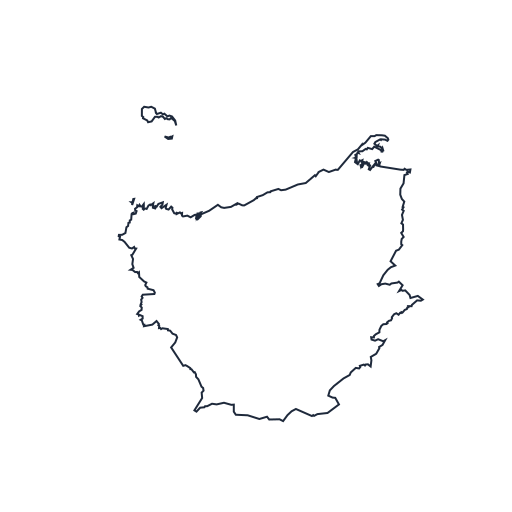 the district of Cavite, Cavite, Philippines, rotated 27°
{"feature_id": "2640588B43067672764099", "entity_name": "Cavite", "entity_type": "district", "adm_level": 2, "iso_a3": "PHL", "parent_name": "Philippines", "parent_adm1": "Cavite", "projection": "robinson", "projection_center": [120.788, 14.278], "detail": "fine", "context": "isolated", "style": "outline", "palette": "slate", "viewbox_px": 512, "rotation_deg": 27, "n_neighbors": 0, "source": "geoboundaries", "source_scale": "gbopen_adm2", "svg_char_len": 6135}
<svg xmlns="http://www.w3.org/2000/svg" viewBox="0 0 512 512"><g transform="rotate(27 256 256)"><path d="M397.3,350.6L391.0,346.4L388.5,347.4L383.8,347.6L382.8,342.2L384.5,336.4L389.6,325.3L393.5,319.5L393.3,316.7L395.7,310.4L398.9,309.4L399.3,307.6L398.4,306.7L401.4,303.8L402.8,304.1L403.0,302.9L404.9,301.7L408.3,302.4L406.2,296.6L404.1,293.8L407.5,288.5L407.8,282.2L407.0,281.2L409.1,277.8L409.3,272.4L408.1,274.2L402.6,274.7L400.5,277.4L396.9,278.0L395.5,276.1L398.0,275.0L397.4,273.7L398.3,271.3L400.6,268.0L399.5,265.7L399.4,261.4L400.4,259.0L403.1,257.4L403.7,256.2L402.9,255.7L403.9,253.4L405.5,252.0L405.5,249.7L404.8,248.9L405.5,245.2L407.0,243.3L409.7,243.6L410.2,241.3L411.1,241.0L411.0,240.0L412.2,240.0L413.0,236.5L414.5,234.8L414.2,233.3L415.1,232.5L414.3,231.6L417.4,230.1L417.1,228.8L419.7,222.4L423.2,221.0L424.4,219.1L418.3,218.1L412.7,223.3L410.6,221.0L404.6,218.9L402.3,220.5L401.0,220.2L399.4,222.3L399.9,215.5L394.9,214.0L394.2,215.4L389.1,219.0L388.2,220.9L383.7,221.9L380.6,224.2L379.1,226.9L377.2,225.8L378.5,224.2L378.2,215.3L379.6,208.5L381.3,204.7L384.4,201.3L378.3,199.6L378.4,187.7L380.4,185.5L381.4,179.9L380.1,179.6L378.9,177.3L378.1,174.7L378.9,172.0L374.9,169.5L375.7,167.2L375.1,165.7L372.7,161.2L370.7,160.9L370.5,157.1L367.4,153.1L367.1,148.7L365.1,148.3L365.3,145.7L364.4,145.8L363.4,140.2L360.1,139.0L356.7,135.9L354.1,130.4L354.5,124.3L351.5,116.5L353.9,114.1L352.5,113.0L352.9,112.0L355.2,111.7L354.3,108.8L350.9,111.0L348.8,110.8L348.5,112.2L345.5,113.5L326.1,119.8L324.6,119.3L324.2,117.0L323.7,117.8L321.8,114.7L321.1,114.7L319.2,117.2L323.4,120.3L322.1,120.6L320.3,119.0L319.7,121.8L320.2,121.9L320.2,123.3L319.3,123.5L318.6,127.5L317.5,127.3L317.2,128.3L316.6,123.6L315.7,123.6L315.5,125.3L315.3,123.3L314.5,123.4L314.5,124.2L314.4,124.2L314.4,122.3L312.7,123.2L312.0,122.5L312.8,122.2L312.1,122.0L312.0,123.0L312.2,124.8L311.7,122.9L310.3,123.1L310.2,128.6L309.7,128.9L309.1,127.3L309.1,128.9L307.9,127.6L309.1,126.4L308.4,125.1L308.7,122.3L308.5,124.0L307.5,124.1L307.6,122.3L307.4,123.5L307.2,122.4L306.2,123.7L305.1,123.7L305.0,128.0L301.6,127.4L301.1,125.4L303.0,126.1L301.0,123.2L299.9,123.5L300.9,122.5L300.2,121.0L299.2,121.5L298.6,120.8L299.6,119.4L299.6,117.8L300.7,117.7L299.8,117.1L299.9,116.2L303.2,114.4L305.1,110.8L306.3,110.7L306.5,108.9L311.0,108.0L311.7,104.9L319.4,104.9L319.8,106.1L319.5,104.9L320.1,104.6L320.6,105.9L321.2,105.6L320.8,104.1L322.1,104.9L319.6,102.3L319.6,103.0L317.2,102.2L314.5,102.9L314.4,102.0L313.9,103.0L310.5,102.2L310.6,100.3L313.7,95.7L314.7,95.9L314.8,95.1L318.2,93.7L320.8,93.7L321.1,92.3L320.0,91.2L316.2,90.3L313.3,91.3L308.3,93.7L307.2,95.4L303.9,97.1L302.0,105.4L299.6,109.9L299.8,109.2L299.7,109.0L298.4,114.7L295.2,119.3L289.8,142.1L288.0,142.9L288.3,142.3L282.8,148.1L276.9,148.4L273.7,152.7L273.2,152.1L273.8,152.8L273.0,157.8L271.8,157.3L267.2,168.4L260.8,173.3L252.3,183.4L248.5,186.0L245.5,186.1L239.7,191.7L239.8,192.6L237.3,194.1L234.4,198.7L230.1,203.0L231.1,204.7L230.0,203.9L228.7,207.2L222.6,216.2L220.8,217.1L216.7,217.2L214.5,220.0L215.9,216.7L211.4,223.6L205.8,227.6L202.9,228.4L198.8,227.7L193.7,237.0L188.5,243.3L188.1,244.8L188.7,245.7L187.3,249.9L185.6,249.9L184.3,246.1L182.7,247.2L180.2,251.2L176.5,251.2L173.0,253.9L171.7,253.6L170.6,251.2L169.6,252.2L168.4,251.7L166.4,254.4L165.7,252.7L165.6,254.6L163.7,255.0L160.1,252.5L159.6,250.9L158.0,250.5L157.0,254.3L154.6,254.8L153.7,254.2L153.0,251.0L150.1,256.3L148.5,255.6L149.3,252.8L148.6,250.5L145.4,253.9L145.1,257.0L143.0,257.2L144.6,257.3L144.6,259.4L142.2,259.8L141.6,258.4L142.5,258.4L142.6,258.0L141.3,258.2L140.6,255.6L139.1,258.5L138.3,258.2L137.3,259.9L137.2,263.7L135.4,264.1L134.9,265.7L133.7,265.4L133.6,262.8L132.4,260.6L131.8,263.9L130.6,264.2L129.0,263.3L129.0,264.9L127.2,264.7L127.9,266.6L126.8,268.8L127.7,270.2L129.2,270.2L129.6,272.8L128.0,274.2L127.3,273.0L126.7,274.0L125.6,273.7L127.0,274.6L126.2,275.3L128.3,280.3L127.4,281.6L128.3,283.5L127.3,284.4L128.4,287.3L127.5,289.2L129.2,294.8L127.1,297.9L124.3,299.4L124.7,300.7L126.1,300.6L126.8,303.3L129.6,302.5L132.5,303.1L139.3,306.2L142.1,305.6L143.3,303.3L144.4,304.3L145.8,303.8L145.3,310.9L144.5,311.9L147.8,314.5L149.5,319.4L152.3,322.1L150.5,325.2L152.3,324.5L155.6,325.2L157.3,324.2L158.5,324.9L159.1,323.6L161.5,327.7L167.8,329.5L170.4,329.4L170.5,332.2L171.5,333.0L173.5,333.2L174.3,334.3L180.2,333.0L182.5,334.6L182.7,336.0L172.7,341.9L172.5,344.0L173.9,344.8L173.5,347.0L175.0,349.0L175.2,351.4L175.9,351.4L175.6,353.1L177.6,353.8L178.5,356.0L177.0,358.4L176.5,361.6L178.1,361.4L178.8,362.3L179.4,361.3L182.3,361.1L183.4,363.2L182.2,365.2L183.5,365.2L186.7,368.3L187.7,367.9L188.1,369.4L194.8,364.2L196.9,359.1L200.4,360.7L200.4,362.0L201.5,362.2L202.3,364.3L203.3,363.6L204.6,364.2L205.4,362.9L210.6,361.1L211.3,362.2L213.4,361.5L216.9,363.1L220.6,362.7L222.7,364.3L223.3,369.7L221.9,376.0L241.0,386.9L242.7,385.3L244.4,385.3L248.3,385.7L248.9,386.6L249.9,386.2L253.5,387.9L254.1,387.3L256.2,388.7L257.5,390.9L260.6,392.0L266.8,397.2L268.8,397.6L270.4,399.8L269.6,402.4L272.5,407.0L271.2,421.5L273.6,421.7L275.1,416.5L278.7,414.2L278.8,413.0L280.7,412.0L283.9,407.6L288.3,406.1L294.1,401.3L301.6,399.8L303.7,398.5L306.9,404.8L310.1,406.6L320.9,401.7L333.0,399.7L338.8,394.2L342.0,395.7L351.1,390.8L355.1,390.8L356.3,383.5L358.2,378.2L361.0,374.2L378.5,373.2L379.2,371.8L380.3,372.1L382.5,369.0L391.0,363.4L397.3,350.6ZM117.8,169.8L115.1,170.2L113.7,171.8L109.7,170.8L108.8,172.1L106.2,171.5L103.2,174.5L102.2,174.0L102.8,173.3L102.0,173.9L99.0,170.6L94.9,170.6L92.8,172.5L88.6,173.8L87.6,176.8L90.7,183.0L92.5,183.4L92.8,184.6L97.6,184.6L99.1,185.8L101.9,183.5L102.8,177.8L105.0,176.7L105.3,177.6L105.3,176.8L106.4,176.8L107.9,174.5L110.0,174.2L112.6,175.3L113.4,174.0L115.2,174.2L117.0,173.5L117.5,171.9L119.2,171.8L122.4,172.6L125.7,175.9L122.5,172.0L117.8,169.8ZM127.7,189.6L127.1,187.4L125.5,189.6L125.2,189.1L124.4,190.1L120.3,191.0L124.6,191.6L127.7,189.6ZM186.2,248.8L187.2,242.1L186.7,242.5L186.8,243.5L184.6,244.7L186.2,248.8ZM121.5,260.4L120.8,260.9L121.6,264.1L120.5,264.7L121.6,264.9L122.5,266.8L121.5,260.4Z" fill="none" stroke="#1e293b" stroke-width="2"/></g></svg>